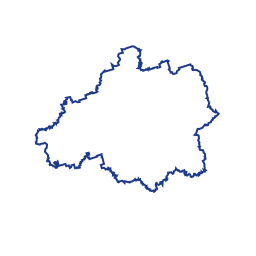 the district of Lithgow, New South Wales, Australia, rotated 64°
{"feature_id": "25037944B76556859341208", "entity_name": "Lithgow", "entity_type": "district", "adm_level": 2, "iso_a3": "AUS", "parent_name": "Australia", "parent_adm1": "New South Wales", "projection": "orthographic", "projection_center": [150.218, -33.32], "detail": "fine", "context": "isolated", "style": "outline", "palette": "blue", "viewbox_px": 256, "rotation_deg": 64, "n_neighbors": 0, "source": "geoboundaries", "source_scale": "gbopen_adm2", "svg_char_len": 5776}
<svg xmlns="http://www.w3.org/2000/svg" viewBox="0 0 256 256"><g transform="rotate(64 128 128)"><path d="M74.8,166.4L73.8,170.1L74.8,169.7L75.4,170.4L76.1,173.8L77.4,173.6L77.7,172.0L79.3,172.7L78.9,174.9L77.9,175.3L78.4,176.0L77.8,177.8L80.9,177.6L81.6,176.8L82.2,177.2L82.1,178.5L84.1,177.5L86.0,177.6L86.3,179.4L85.2,180.6L86.0,180.9L85.5,182.1L87.0,182.3L86.0,183.2L88.1,183.8L88.4,185.7L90.1,186.9L90.0,188.0L90.7,187.6L92.2,187.9L92.4,189.1L91.9,189.7L92.8,190.7L91.6,190.6L91.3,191.8L92.1,191.3L92.2,192.9L93.2,193.8L93.1,195.0L94.5,196.2L93.8,197.3L94.1,198.3L93.0,198.1L92.5,197.2L91.9,198.1L92.8,199.8L92.5,201.6L93.4,201.7L94.0,202.8L93.2,203.5L93.0,202.8L92.6,202.9L92.3,204.4L91.4,205.3L91.7,205.9L91.0,205.9L91.0,207.1L90.3,208.0L91.3,208.1L91.4,209.7L90.9,210.1L92.7,211.4L93.7,213.7L94.4,214.2L95.3,213.6L96.3,214.2L97.2,213.9L97.6,214.8L100.4,216.3L100.4,217.1L101.9,217.4L104.3,214.5L103.9,213.7L104.9,210.6L104.8,209.2L107.3,208.0L110.1,209.7L110.6,211.4L112.8,213.0L117.3,211.8L119.3,212.7L120.3,212.3L120.8,212.9L120.7,213.8L122.4,214.1L122.2,215.1L122.6,215.2L123.4,213.2L126.0,213.5L126.4,214.3L127.0,214.4L127.0,213.8L128.8,211.9L129.6,212.0L130.3,210.9L132.1,210.4L132.5,209.4L131.6,207.9L130.6,208.8L130.3,207.8L129.7,207.7L128.7,209.1L126.9,209.6L126.6,208.4L127.8,207.2L127.2,206.0L131.7,206.8L132.9,200.0L135.3,200.2L135.7,197.6L138.5,197.8L138.3,196.2L136.8,195.2L137.2,192.6L140.9,193.2L141.2,191.1L141.7,191.2L141.6,189.3L142.4,189.4L142.5,188.7L140.4,188.3L140.6,187.0L138.7,186.6L138.9,185.5L137.7,185.3L138.0,183.7L136.6,183.4L137.1,181.1L136.4,181.0L136.4,179.9L135.2,179.7L135.3,179.1L134.7,179.0L135.0,177.4L134.6,176.7L132.5,176.4L133.0,174.2L134.9,174.5L134.8,176.8L136.4,177.1L137.3,176.8L137.4,176.0L139.0,176.3L140.2,168.3L139.4,168.2L140.0,163.3L142.6,164.4L142.7,163.9L143.4,164.0L149.8,165.4L149.3,168.6L152.6,169.1L153.3,166.9L155.5,166.3L155.3,164.3L156.4,164.4L156.8,163.7L155.5,163.0L156.4,162.6L156.6,161.6L159.1,162.7L159.1,162.0L161.3,162.0L161.5,160.6L162.0,160.3L162.4,161.4L164.1,162.4L164.3,161.1L163.8,160.9L163.8,160.4L165.2,160.1L165.7,159.1L166.1,160.3L165.7,160.8L166.4,161.1L166.7,160.6L167.1,161.8L168.4,160.8L172.1,160.8L172.4,160.5L171.9,160.1L172.6,159.7L172.3,159.0L172.9,156.2L175.8,155.2L174.4,154.3L177.7,150.3L177.3,149.8L177.9,147.3L177.4,145.2L177.8,144.9L177.1,144.0L178.7,143.7L178.4,142.5L179.2,141.6L178.2,140.7L179.3,140.5L179.4,139.7L180.1,140.1L182.1,139.3L182.8,140.0L183.3,139.2L184.0,139.8L184.7,138.9L185.6,139.3L186.0,138.3L187.3,137.5L188.1,137.7L188.2,136.9L188.9,137.5L189.5,137.0L189.7,138.0L191.2,137.4L191.5,136.4L192.5,136.1L192.5,135.3L193.9,135.7L194.3,134.6L195.0,134.4L195.3,132.7L196.6,132.7L196.7,131.6L195.2,130.2L195.8,129.2L195.5,128.5L191.4,128.1L190.0,127.1L190.0,126.3L191.5,126.5L192.6,125.3L192.3,123.6L190.9,122.8L191.0,122.1L194.1,121.9L191.0,120.1L190.3,118.9L190.5,117.0L191.9,117.0L191.5,115.3L190.6,114.7L189.7,115.3L188.8,115.1L186.9,111.8L185.7,111.6L186.7,108.6L188.8,107.9L188.4,106.7L187.0,105.8L186.5,103.3L185.4,102.6L187.5,102.1L188.0,101.2L188.6,101.4L188.8,100.7L190.2,100.4L190.8,98.7L190.2,97.8L190.7,97.1L190.7,95.9L192.3,96.0L193.2,94.8L193.8,95.3L193.2,97.2L195.5,97.2L195.7,96.0L196.6,95.7L196.1,93.1L197.8,92.5L199.1,93.0L200.0,92.2L200.1,90.5L198.1,88.6L198.7,88.0L199.4,88.5L199.8,87.5L200.5,87.3L200.1,85.1L201.7,85.5L201.4,84.2L198.7,83.6L200.2,83.2L200.5,81.9L199.6,81.3L200.7,81.2L200.1,80.1L200.8,78.1L199.4,78.1L200.4,77.5L200.2,76.6L199.2,77.3L193.7,75.1L190.4,75.2L190.3,73.5L189.0,72.0L189.3,71.8L188.5,71.4L187.2,71.7L186.7,70.7L184.8,70.2L183.2,70.8L181.0,70.2L179.4,72.8L176.6,72.4L176.4,71.8L175.7,72.5L175.3,71.4L173.1,71.0L172.6,70.2L169.7,70.3L168.7,68.9L166.0,67.9L165.3,68.0L163.4,71.0L162.7,69.1L159.3,65.8L160.2,64.2L160.4,61.1L158.7,57.3L159.6,57.0L159.4,56.2L160.3,55.8L160.4,54.7L158.9,53.6L159.1,50.8L157.8,49.6L157.6,48.0L156.4,47.5L156.8,46.1L156.4,44.8L155.7,44.6L156.0,43.1L154.9,40.3L152.8,41.3L150.8,41.5L152.1,42.7L150.7,43.8L149.3,44.4L148.6,44.0L146.2,45.5L145.5,44.7L144.5,44.8L144.0,46.8L141.1,44.0L137.2,43.8L136.4,43.2L135.7,44.2L135.2,43.1L132.7,42.3L131.2,42.5L129.3,41.4L128.3,39.9L125.7,38.8L124.6,39.1L124.0,40.6L121.5,40.2L121.3,39.1L120.7,38.7L116.9,40.5L116.1,39.9L116.8,38.6L115.7,39.8L114.0,38.9L112.2,39.8L112.1,39.3L109.1,38.8L106.1,40.7L104.3,44.5L102.7,44.3L102.7,43.3L100.5,42.9L99.0,44.3L98.2,44.1L96.4,56.0L98.0,56.2L98.3,58.9L100.0,60.4L99.3,63.8L97.7,64.0L97.1,64.9L96.9,64.4L96.5,65.0L93.9,65.5L93.5,65.0L93.1,65.4L92.3,64.2L85.9,63.4L85.6,62.2L84.6,62.9L84.0,68.4L83.1,68.3L83.2,69.0L84.3,70.2L84.4,71.9L87.3,72.3L86.8,75.2L86.0,75.1L85.2,78.6L85.1,79.3L85.5,79.3L84.9,83.0L83.3,82.8L83.5,84.3L84.0,84.6L83.5,84.7L83.8,85.4L83.1,85.9L83.5,86.7L83.2,89.3L82.1,89.3L81.7,90.9L80.0,90.8L78.7,92.7L78.4,90.5L77.6,91.4L76.2,90.4L77.8,89.3L77.5,88.9L76.6,89.3L76.8,88.4L76.0,87.6L75.2,88.3L75.3,89.5L74.3,89.4L74.4,88.0L73.8,88.5L72.9,87.9L72.9,87.2L71.7,86.8L71.5,87.4L68.5,88.1L68.1,86.5L68.6,86.0L68.2,85.5L66.7,84.4L64.4,83.7L63.6,82.4L63.3,82.8L63.8,83.9L63.0,84.8L61.6,83.6L61.1,84.7L57.6,86.7L56.5,88.2L55.5,95.3L55.9,96.4L54.3,99.2L58.1,99.7L57.3,103.1L57.7,104.3L59.2,105.5L62.4,104.9L63.1,105.2L64.9,108.5L67.3,108.5L67.2,111.5L66.3,113.4L63.9,114.6L68.7,115.4L67.2,124.0L66.2,123.8L68.0,128.8L70.1,129.5L71.2,130.5L71.3,131.6L73.1,131.9L73.5,131.4L74.6,133.4L75.9,133.1L76.9,134.7L76.4,137.1L77.1,138.3L77.9,138.5L77.9,137.8L78.8,137.8L79.4,138.0L79.5,138.6L78.8,138.7L79.1,139.7L80.7,140.1L81.9,139.6L82.1,140.9L81.5,144.2L80.8,144.2L80.7,145.0L80.0,144.8L79.9,145.6L79.7,146.7L80.6,147.0L79.9,149.5L80.3,149.5L79.9,152.0L82.9,152.5L81.8,159.8L83.4,160.1L82.6,162.2L80.9,163.3L80.8,166.7L78.0,166.2L77.8,166.9L74.8,166.4Z" fill="none" stroke="#1e3a8a" stroke-width="2"/></g></svg>